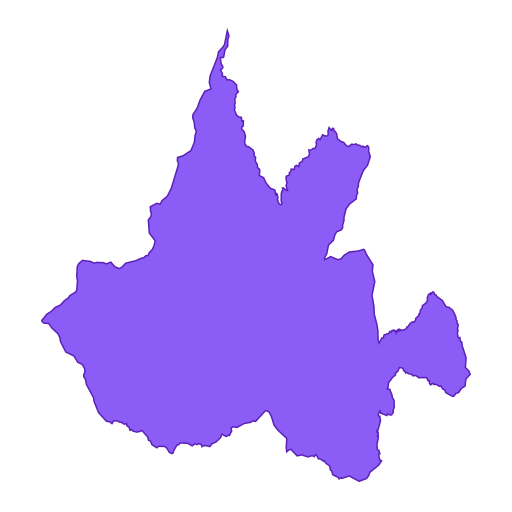 outline of El Dovio, Valle del Cauca, Colombia
{"feature_id": "7082276B38814266492224", "entity_name": "El Dovio", "entity_type": "district", "adm_level": 2, "iso_a3": "COL", "parent_name": "Colombia", "parent_adm1": "Valle del Cauca", "projection": "equal_earth", "projection_center": [-76.261, 4.561], "detail": "fine", "context": "isolated", "style": "filled", "palette": "violet", "viewbox_px": 512, "rotation_deg": 0, "n_neighbors": 0, "source": "geoboundaries", "source_scale": "gbopen_adm2", "svg_char_len": 6060}
<svg xmlns="http://www.w3.org/2000/svg" viewBox="0 0 512 512"><path d="M286.7,451.8L289.3,449.6L291.0,449.4L297.1,455.9L301.6,454.9L307.9,456.9L312.3,455.6L314.2,456.7L315.4,454.6L316.1,454.5L318.4,458.8L320.6,459.1L323.5,461.3L324.3,460.9L326.2,463.6L328.7,465.1L329.7,466.4L330.4,470.0L331.6,470.8L332.8,474.8L338.2,477.4L339.1,478.9L340.9,477.7L341.7,478.4L349.2,476.0L359.2,481.3L366.6,478.5L368.6,475.8L369.8,472.4L378.7,465.1L382.0,460.1L381.2,461.0L380.3,460.8L379.2,457.9L378.7,454.2L379.9,453.8L378.8,450.3L378.2,450.5L377.4,449.3L376.9,444.7L378.3,437.7L378.3,435.9L377.7,435.8L378.2,435.4L378.1,432.2L376.6,432.1L377.3,430.2L377.9,430.3L380.5,420.8L379.8,416.2L379.1,416.5L378.1,414.7L379.9,411.0L380.7,413.2L386.9,415.5L387.6,414.0L390.3,415.1L391.6,414.8L393.4,412.2L393.1,410.9L394.3,406.8L394.0,400.2L392.3,397.5L392.0,395.0L389.8,389.3L387.1,388.8L388.1,387.2L388.5,382.9L393.1,376.8L395.4,375.2L395.4,373.5L397.9,371.1L399.4,367.6L402.9,368.1L403.5,370.4L405.2,371.7L405.6,372.9L406.3,372.3L408.5,373.7L411.3,374.2L413.1,375.9L415.7,375.4L418.8,377.7L426.6,377.6L428.1,380.8L429.4,380.7L429.4,383.2L430.6,384.9L433.0,383.2L434.1,384.6L435.7,384.2L439.4,386.3L440.6,385.8L442.7,389.0L444.5,389.7L445.9,392.7L452.7,396.4L453.7,396.3L456.1,393.2L458.6,392.6L461.4,388.4L465.0,386.1L465.9,379.0L470.2,374.3L469.0,371.2L465.4,367.5L466.1,357.8L462.0,345.1L461.9,342.3L460.4,341.1L459.8,337.5L458.6,337.9L457.9,336.8L457.4,332.3L458.1,330.7L457.5,329.3L458.2,324.5L456.9,322.7L457.1,321.0L456.0,319.7L456.1,318.0L454.9,314.6L452.7,310.3L449.0,307.3L446.1,306.8L442.4,300.5L436.9,296.6L436.1,295.0L434.5,294.2L433.9,292.4L432.7,291.9L430.9,294.2L430.5,293.1L428.5,294.6L427.3,297.5L427.4,300.8L425.6,303.3L422.4,305.6L422.1,308.1L420.4,310.0L420.1,313.2L419.1,313.6L418.7,315.6L415.6,318.5L415.8,319.8L414.1,322.2L412.8,321.7L410.2,323.3L408.0,326.6L406.7,327.1L406.4,328.6L404.4,329.7L401.7,330.3L400.1,329.5L399.6,330.6L398.8,329.2L397.2,330.3L398.0,330.8L397.7,331.4L396.1,331.0L396.1,332.7L395.1,331.0L394.2,331.1L394.1,330.1L392.0,330.4L391.3,332.2L389.9,331.4L388.7,333.5L384.2,334.8L383.1,338.0L381.8,338.0L379.1,343.2L378.1,340.1L377.9,331.3L377.0,325.0L374.2,313.8L374.0,307.0L372.0,295.4L374.8,281.6L372.3,271.2L373.0,264.8L366.4,254.3L364.7,250.3L363.7,249.3L358.2,251.0L349.3,252.0L344.1,255.3L341.2,258.7L338.0,259.7L330.6,256.6L324.7,259.7L324.5,258.0L326.7,253.9L328.5,245.0L333.3,240.4L335.0,234.6L336.7,231.8L341.4,229.8L342.6,227.9L342.7,224.7L344.0,220.4L343.9,217.5L346.1,208.8L349.7,203.9L356.2,198.9L356.5,195.5L357.7,192.8L357.0,189.5L358.3,186.6L358.5,183.3L359.6,179.9L363.3,170.6L367.5,165.3L370.3,156.6L368.6,151.1L368.8,147.8L367.6,145.6L364.5,147.4L362.9,146.1L361.5,146.8L359.7,145.2L357.9,145.2L355.9,143.8L354.4,144.6L351.6,144.2L349.2,146.2L346.9,146.3L343.7,142.4L340.6,141.2L337.5,138.8L336.5,133.4L333.8,129.9L333.6,128.4L332.3,128.4L331.9,130.3L331.3,130.5L329.1,127.6L328.0,130.9L328.2,134.6L327.6,135.6L326.1,136.2L322.6,134.8L320.1,139.7L318.6,138.4L316.8,140.0L316.2,141.8L316.4,145.2L314.9,148.6L313.1,148.4L311.1,150.1L308.8,150.0L309.5,154.2L308.2,156.9L302.9,158.9L302.0,161.6L299.5,162.9L298.7,166.6L296.4,165.3L294.9,166.4L294.1,169.6L291.3,169.0L290.7,171.5L289.3,172.8L289.4,175.0L286.5,176.1L285.9,177.6L286.9,183.3L286.0,185.6L287.6,190.5L286.5,190.5L283.5,187.9L282.4,188.1L283.1,190.0L282.0,191.0L281.3,193.5L281.2,200.6L281.9,203.8L280.7,204.7L279.2,204.0L277.5,200.0L277.9,197.5L277.3,194.4L276.0,193.2L275.8,193.8L276.7,194.0L276.0,194.9L274.8,190.0L270.3,188.2L266.0,182.9L263.6,177.7L259.3,175.5L259.8,170.5L259.2,168.9L257.6,167.6L257.1,164.0L255.3,161.3L255.6,157.3L254.2,155.9L254.1,152.6L252.9,149.9L248.5,146.6L247.0,146.8L244.9,143.9L244.7,141.4L245.5,136.4L244.2,131.7L241.6,129.2L241.8,127.1L243.3,126.0L243.4,120.8L241.9,121.1L241.3,117.3L238.9,117.0L236.6,115.1L234.4,109.9L235.1,107.5L234.4,105.8L235.1,103.1L234.8,98.9L236.0,96.8L235.8,94.5L238.4,91.7L236.9,89.2L236.5,84.9L232.9,81.3L229.2,79.6L227.0,79.9L225.3,76.7L222.4,76.3L222.4,73.5L220.6,69.8L222.6,68.2L222.9,66.9L221.0,63.3L220.5,58.3L221.0,57.2L223.1,57.6L223.7,56.9L225.0,49.7L227.7,46.3L227.9,39.3L229.0,36.0L227.3,30.7L224.6,44.1L223.3,46.6L218.6,51.7L217.3,57.6L210.1,75.9L209.3,82.3L211.0,89.1L204.8,91.2L200.0,100.2L197.1,108.3L192.9,114.6L192.7,117.8L194.3,122.6L194.7,127.8L196.3,131.1L195.0,135.9L194.4,142.1L191.0,150.5L183.0,155.8L177.6,157.4L177.3,160.7L178.5,163.4L178.2,165.5L171.3,188.3L167.2,196.4L162.0,200.6L160.2,204.2L156.9,203.3L150.3,206.7L150.6,211.5L151.5,214.0L150.7,216.9L148.3,219.9L149.3,233.1L155.2,240.8L154.1,245.5L152.5,249.2L149.1,252.9L148.2,255.5L145.9,255.7L143.5,257.9L141.2,258.2L135.7,260.7L125.7,263.2L121.6,267.4L119.2,268.6L114.8,266.7L110.8,262.1L106.4,263.9L103.4,262.7L96.5,262.4L94.3,263.2L90.4,261.4L82.4,260.4L78.7,263.7L77.3,266.5L76.7,276.3L77.5,281.1L76.8,289.6L75.8,291.9L69.9,295.6L68.5,297.7L64.3,300.8L60.5,305.0L55.4,307.3L51.4,311.3L46.9,314.1L41.8,320.4L42.1,321.6L43.9,323.1L48.8,323.6L51.7,327.8L58.0,333.8L59.9,337.7L60.4,341.3L65.8,352.0L73.8,355.9L77.8,362.3L81.6,364.0L83.5,366.4L85.0,369.8L84.6,373.0L83.6,374.9L83.8,376.8L85.5,379.3L86.4,384.4L93.6,397.8L93.9,400.9L98.5,412.5L106.4,421.3L109.7,421.8L112.0,423.6L113.7,420.8L117.6,421.0L120.1,422.4L121.9,422.2L122.6,423.4L124.5,424.2L126.5,423.5L126.8,425.7L129.1,427.4L130.0,430.3L131.5,429.5L133.0,431.1L136.7,432.1L140.6,431.3L141.8,430.3L147.7,437.0L148.5,440.3L150.3,440.8L152.0,444.8L156.9,447.8L158.6,446.3L164.8,446.5L166.6,447.8L169.3,452.3L171.9,453.6L173.2,452.8L173.8,450.4L177.0,445.0L178.7,444.7L180.2,442.9L187.7,443.3L192.2,445.9L194.9,443.7L197.0,444.6L198.6,443.6L201.2,444.5L202.0,446.7L202.9,445.9L205.8,445.6L209.9,446.6L212.0,443.8L216.1,441.9L220.5,437.7L221.9,434.2L226.3,436.5L228.0,435.3L229.4,435.5L231.7,431.0L231.1,428.5L232.1,427.1L234.7,426.9L236.7,427.6L244.3,423.4L250.6,422.4L252.8,420.8L255.5,421.5L265.0,411.2L266.6,410.6L269.4,412.4L271.7,417.4L274.0,425.1L277.7,430.0L286.8,438.5L286.2,447.4L286.7,451.8Z" fill="#8b5cf6" stroke="#5b21b6" stroke-width="1.5"/></svg>